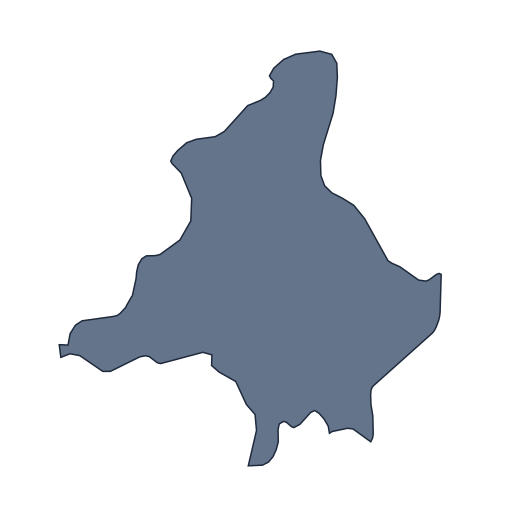 map outline of Verbano-Cusio-Ossola (Mercator projection), rotated 5°
{"feature_id": "ITA-5437", "entity_name": "Verbano-Cusio-Ossola", "entity_type": "Province", "adm_level": 1, "iso_a3": "ITA", "parent_name": "Italy", "parent_adm1": "", "projection": "mercator", "projection_center": [8.313, 46.111], "detail": "fine", "context": "isolated", "style": "filled", "palette": "slate", "viewbox_px": 512, "rotation_deg": 5, "n_neighbors": 0, "source": "natural_earth", "source_scale": "10m", "svg_char_len": 1621}
<svg xmlns="http://www.w3.org/2000/svg" viewBox="0 0 512 512"><g transform="rotate(5 256 256)"><path d="M67.7,361.5L76.5,361.1L77.6,349.5L82.2,340.6L88.4,335.7L118.6,328.8L122.7,327.5L125.7,325.0L131.0,318.1L131.3,316.7L135.5,307.6L136.3,306.4L138.5,288.9L138.5,282.0L139.5,275.0L142.5,268.7L146.8,265.4L155.6,264.4L160.2,262.9L178.8,246.7L188.0,226.8L186.9,204.2L174.3,179.9L164.3,171.2L162.8,168.8L164.6,163.6L168.9,157.6L177.2,149.1L186.4,144.9L204.9,140.7L213.7,134.6L234.6,106.9L246.7,100.7L251.6,97.0L255.8,91.9L258.4,86.3L258.2,80.0L255.4,77.9L253.7,75.3L257.3,67.4L266.4,57.8L277.9,51.5L296.0,47.6L301.7,46.3L313.9,48.5L319.7,57.0L321.5,70.9L321.7,89.6L320.3,107.3L313.4,139.3L311.9,155.1L313.6,170.1L318.2,180.0L326.1,186.5L337.2,191.0L349.0,197.0L361.0,209.4L387.9,249.2L392.1,251.4L400.3,254.2L420.1,265.8L427.6,266.2L430.7,264.5L437.3,258.6L439.9,257.4L442.1,258.2L444.3,296.0L444.2,299.5L443.7,303.7L441.7,311.1L440.2,314.7L438.6,317.2L384.2,375.1L383.1,376.9L382.3,379.5L382.3,384.2L383.4,393.7L386.3,405.1L388.3,423.2L388.0,427.1L387.3,429.2L386.5,431.1L367.7,419.8L362.0,419.7L347.2,424.2L344.6,426.2L342.8,419.2L338.1,412.5L332.6,407.3L327.9,404.8L324.0,407.2L314.4,419.9L308.7,423.6L306.3,423.0L301.0,419.1L298.1,418.3L293.8,421.2L293.1,427.1L294.4,439.3L293.0,447.3L290.4,454.5L286.4,460.2L280.7,463.8L266.6,465.7L271.7,429.8L268.9,414.0L259.3,404.7L246.8,382.8L229.4,374.9L221.3,369.0L220.7,358.3L211.4,356.6L170.3,371.5L166.9,370.9L158.2,365.4L154.3,365.1L149.0,366.6L121.0,383.6L113.4,384.3L89.1,370.6L79.3,369.6L70.4,374.0L67.7,361.5Z" fill="#64748b" stroke="#1e293b" stroke-width="1.5"/></g></svg>